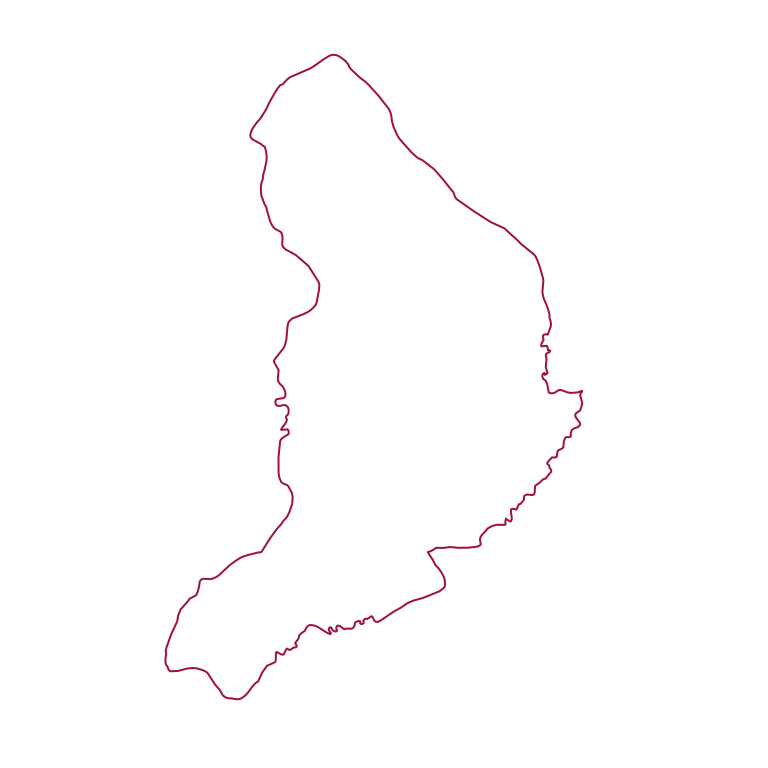 Santa Ana de Yusguare, Choluteca, Honduras (Mercator projection), rotated 184°
{"feature_id": "27666195B49671611441491", "entity_name": "Santa Ana de Yusguare", "entity_type": "district", "adm_level": 2, "iso_a3": "HND", "parent_name": "Honduras", "parent_adm1": "Choluteca", "projection": "mercator", "projection_center": [-87.098, 13.304], "detail": "fine", "context": "isolated", "style": "outline", "palette": "rose", "viewbox_px": 768, "rotation_deg": 184, "n_neighbors": 0, "source": "geoboundaries", "source_scale": "gbopen_adm2", "svg_char_len": 6133}
<svg xmlns="http://www.w3.org/2000/svg" viewBox="0 0 768 768"><g transform="rotate(184 384 384)"><path d="M328.5,580.6L331.3,583.3L339.3,592.1L348.8,601.6L361.5,610.1L365.4,611.5L368.8,613.8L373.3,617.5L385.5,629.5L388.2,633.1L392.5,641.4L394.3,646.4L395.2,651.1L396.3,654.8L397.8,657.8L399.4,659.9L410.2,671.8L419.7,680.9L423.9,684.4L428.9,687.6L438.8,695.6L440.8,697.9L441.5,699.7L444.7,703.3L449.4,706.5L452.3,708.0L454.7,708.8L458.9,708.8L461.7,707.4L467.6,703.2L474.4,697.5L479.2,693.9L499.5,683.3L502.7,680.1L505.6,676.2L508.4,674.8L510.7,671.6L513.4,666.5L518.1,656.6L520.6,650.0L525.8,640.2L529.0,636.2L532.8,629.9L533.9,627.2L534.7,623.7L534.6,621.9L534.0,620.4L531.8,618.6L523.5,614.8L521.3,613.2L519.7,612.5L519.0,611.1L517.9,607.9L516.9,602.9L516.8,598.6L518.1,589.0L519.1,584.4L519.3,579.7L520.4,575.4L520.5,571.5L520.1,566.4L519.4,563.2L515.6,554.8L513.8,552.2L512.2,547.2L508.7,537.8L506.7,534.4L504.7,532.1L502.6,530.7L498.4,528.9L497.4,528.2L496.7,527.4L495.9,525.4L495.4,523.0L495.3,516.1L494.8,514.6L493.7,513.1L491.4,511.3L480.8,506.4L467.5,496.4L456.9,482.0L455.9,480.1L455.4,478.3L455.4,473.1L456.8,461.3L457.4,458.7L458.5,456.9L461.4,453.5L464.2,451.0L469.3,448.0L480.3,442.9L483.4,439.4L483.9,437.4L484.3,434.1L484.5,421.6L485.6,415.6L486.7,412.8L493.2,403.3L494.9,400.6L495.4,399.0L495.1,398.1L490.1,390.4L490.3,381.2L489.9,379.6L488.0,377.0L485.3,374.8L484.3,373.7L482.3,370.0L481.5,367.2L481.7,364.8L482.3,363.7L483.1,363.0L489.5,361.5L490.5,361.0L491.1,358.7L490.7,356.5L489.8,355.3L488.2,354.8L486.1,354.9L482.9,356.0L481.4,356.0L480.1,355.6L479.1,355.0L478.2,354.0L477.6,352.5L477.2,350.8L477.2,348.9L477.5,347.5L477.9,346.5L479.1,345.4L479.5,344.5L479.3,343.5L478.4,341.8L478.6,340.2L479.4,338.1L482.6,333.2L483.5,331.4L483.1,331.1L477.0,332.0L476.0,330.7L475.6,328.9L475.7,327.7L476.4,326.8L479.9,324.4L482.5,322.1L483.2,321.0L483.6,319.6L484.1,303.5L482.9,287.2L481.6,282.6L479.7,279.1L478.0,277.8L474.0,276.6L472.7,275.8L468.2,268.8L467.2,264.2L467.2,257.9L469.7,248.9L471.5,244.7L472.7,242.9L474.7,240.6L476.9,236.8L479.9,233.1L486.7,222.5L494.4,208.1L495.1,207.6L497.7,207.2L508.0,203.8L512.7,201.9L515.4,200.5L519.9,197.1L525.1,192.7L535.1,182.0L537.2,180.2L539.3,178.9L541.4,177.9L543.7,177.2L550.9,177.1L552.4,176.3L553.5,175.1L554.1,173.5L554.3,169.6L555.0,165.2L556.4,160.8L557.3,159.8L563.3,156.0L564.3,153.8L571.1,145.1L573.3,138.2L573.7,132.9L579.0,119.0L582.6,106.0L583.2,103.0L582.6,99.9L582.8,94.5L582.5,90.6L581.9,89.0L580.2,86.8L578.8,83.7L577.1,82.5L569.5,83.4L560.5,86.4L555.5,87.3L551.1,87.3L544.8,85.9L541.8,84.7L540.0,83.6L531.4,72.2L526.2,67.2L523.9,63.3L522.2,61.5L519.7,60.2L517.4,59.6L514.4,59.8L509.2,59.2L505.9,59.7L503.7,60.9L500.7,63.5L498.5,66.2L494.4,72.7L491.8,76.2L488.8,78.6L485.3,87.8L481.1,94.7L474.5,98.2L473.0,99.3L472.7,101.3L473.0,106.7L472.8,108.9L472.3,109.1L471.6,109.0L467.7,107.1L466.6,106.9L465.7,107.0L464.8,107.8L464.0,110.3L462.7,113.1L462.0,113.2L459.7,112.0L458.1,112.9L455.8,114.8L453.7,115.1L453.1,115.5L452.8,116.1L452.9,116.9L453.3,117.8L454.3,118.7L454.4,119.7L451.5,124.1L451.1,127.2L448.9,129.8L445.9,132.1L444.3,135.7L442.8,137.6L441.3,138.2L439.7,138.5L435.8,138.0L432.9,136.9L423.6,131.9L420.1,130.8L419.7,131.2L419.9,132.3L421.5,134.0L422.0,135.3L421.7,136.6L420.9,137.5L420.1,137.5L419.3,137.0L418.5,135.3L417.5,134.4L415.1,133.7L414.2,133.9L413.7,134.5L413.7,135.2L414.5,136.4L414.6,137.4L414.2,139.1L413.2,139.8L410.8,139.4L406.7,136.6L404.6,137.4L399.1,137.7L397.9,138.4L397.0,139.6L396.4,141.7L396.5,143.4L395.3,144.7L393.3,145.7L391.6,145.8L390.9,145.2L391.1,144.0L390.7,143.3L389.8,143.0L388.8,143.1L387.7,144.1L387.6,144.8L388.1,146.4L387.2,147.9L386.0,148.6L384.3,148.4L380.4,151.4L379.7,151.2L378.8,150.3L377.5,147.8L376.6,146.8L375.2,146.2L373.8,146.2L370.6,148.0L358.9,157.3L351.5,162.1L346.4,166.2L343.8,167.9L339.7,169.9L330.0,173.4L314.2,181.1L310.8,184.1L309.3,186.1L309.2,189.2L310.0,193.7L311.4,196.6L313.6,200.1L316.6,203.9L320.0,206.9L323.0,211.9L327.7,217.9L328.4,219.1L328.3,219.6L326.7,220.0L325.0,220.9L322.8,222.3L321.2,223.8L320.0,224.3L314.1,224.5L306.3,226.0L298.5,225.8L289.2,226.5L281.6,227.8L278.4,228.8L276.7,230.0L276.3,230.8L277.5,235.9L277.0,238.0L275.9,240.1L270.2,247.3L266.7,249.6L263.2,251.0L260.9,251.5L253.3,252.0L253.0,252.6L253.4,254.9L253.0,258.0L248.9,255.8L248.0,255.7L247.3,257.1L247.1,258.9L248.5,265.4L248.5,267.1L248.2,268.1L247.3,268.5L245.0,268.4L243.5,267.9L243.1,268.1L241.1,273.3L239.5,273.9L236.7,277.6L236.3,278.8L236.5,281.3L236.1,282.1L235.2,283.0L234.2,283.5L233.1,283.7L227.9,283.6L226.6,284.4L226.1,286.2L226.2,290.2L226.0,293.1L221.8,296.5L218.9,299.8L215.9,301.1L214.5,303.6L211.2,308.0L211.1,309.0L211.4,310.2L213.0,312.0L213.6,314.2L215.4,315.7L215.7,316.6L213.9,319.4L211.4,322.3L210.7,322.6L208.8,322.5L206.8,323.2L206.0,329.5L204.7,330.5L201.9,332.0L200.7,333.3L200.6,339.1L199.9,341.6L199.1,343.3L198.5,343.8L196.4,343.7L194.3,344.3L194.0,345.0L194.3,348.1L193.3,351.3L191.1,353.1L187.6,354.5L185.9,356.4L185.5,357.6L185.7,358.6L190.6,364.5L191.1,366.0L190.8,367.3L190.0,368.6L186.7,371.1L185.8,373.7L184.8,378.7L187.4,386.0L187.2,388.6L186.7,389.4L185.9,390.0L185.9,390.7L186.7,390.8L190.2,389.1L197.3,388.1L200.6,388.5L206.7,390.3L208.0,390.4L210.0,389.7L212.1,387.9L213.7,386.9L215.9,386.4L217.8,386.5L218.7,386.9L219.1,387.3L221.3,395.5L222.1,397.2L223.3,398.9L225.5,400.2L226.4,401.8L226.6,403.9L225.8,405.6L225.0,406.1L224.4,405.9L224.2,405.5L224.6,404.8L224.1,404.4L222.9,405.1L221.7,406.4L223.9,412.5L223.6,420.4L224.4,422.9L224.6,424.2L224.1,425.7L221.9,426.8L220.9,427.8L220.6,428.7L221.1,429.2L222.1,428.8L222.8,429.2L223.2,431.5L224.1,433.4L229.5,432.6L229.9,433.0L229.9,433.9L229.5,435.7L228.0,439.0L228.0,439.8L228.8,441.6L228.6,443.5L228.1,444.2L227.2,444.6L225.8,444.9L224.3,444.7L224.0,444.9L221.7,453.1L221.5,455.0L222.2,458.2L223.5,461.4L223.9,465.1L224.9,468.4L227.3,474.0L230.6,480.4L232.0,484.7L232.4,487.2L232.2,498.1L232.8,500.7L236.7,511.6L239.4,517.6L241.4,521.4L243.5,523.8L256.7,533.0L261.7,537.4L269.6,543.5L274.5,547.6L288.7,552.9L305.6,562.1L323.4,572.8L325.7,574.7L328.5,580.6Z" fill="none" stroke="#9f1239" stroke-width="2"/></g></svg>